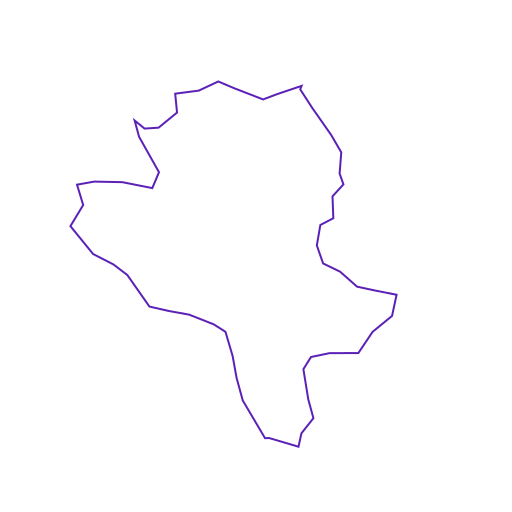 outline of Hörby, Skåne, Sweden, rotated 55°
{"feature_id": "70781695B77585109803763", "entity_name": "Hörby", "entity_type": "district", "adm_level": 2, "iso_a3": "SWE", "parent_name": "Sweden", "parent_adm1": "Skåne", "projection": "natural_earth1", "projection_center": [13.763, 55.867], "detail": "fine", "context": "isolated", "style": "outline", "palette": "violet", "viewbox_px": 512, "rotation_deg": 55, "n_neighbors": 0, "source": "geoboundaries", "source_scale": "gbopen_adm2", "svg_char_len": 852}
<svg xmlns="http://www.w3.org/2000/svg" viewBox="0 0 512 512"><g transform="rotate(55 256 256)"><path d="M142.8,121.1L135.5,145.9L131.8,160.4L106.1,177.6L91.4,186.8L87.7,208.0L76.7,229.1L93.2,238.4L95.0,262.2L87.7,274.2L75.4,277.7L91.3,283.4L131.7,287.4L140.9,302.0L118.8,323.2L102.3,345.8L94.9,361.7L115.1,368.3L125.1,390.9L161.0,388.3L181.2,377.6L197.8,372.3L236.3,372.3L251.0,359.0L265.7,344.4L287.8,329.8L300.6,324.5L324.5,332.5L344.7,341.8L366.7,349.7L410.4,353.1L412.6,349.7L436.6,330.6L427.3,320.5L421.8,302.0L403.4,295.4L375.9,282.1L370.3,268.9L377.7,251.6L394.2,227.8L385.0,204.0L383.1,178.9L368.4,163.1L351.9,178.9L339.1,190.8L317.1,196.1L300.6,205.3L282.2,200.1L267.5,185.5L269.4,171.0L251.0,159.1L247.5,143.3L236.4,140.2L220.0,126.7L200.0,125.0L167.2,125.0L144.9,124.2L142.8,121.1Z" fill="none" stroke="#5b21b6" stroke-width="2"/></g></svg>